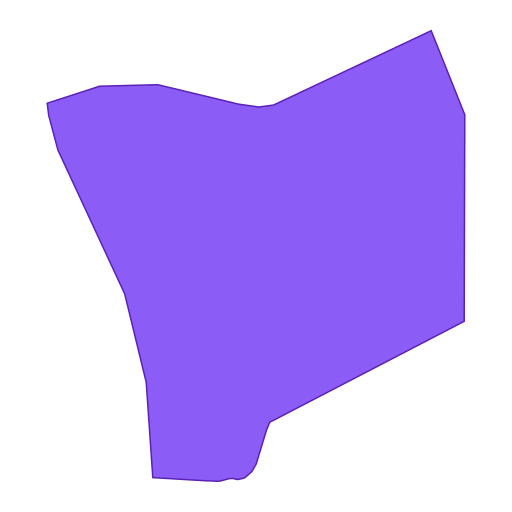 outline of Saint Paul
{"feature_id": "DMA-1440", "entity_name": "Saint Paul", "entity_type": "Parish", "adm_level": 1, "iso_a3": "DMA", "parent_name": "Dominica", "parent_adm1": "", "projection": "mercator", "projection_center": [-61.378, 15.359], "detail": "fine", "context": "isolated", "style": "filled", "palette": "violet", "viewbox_px": 512, "rotation_deg": 0, "n_neighbors": 0, "source": "natural_earth", "source_scale": "10m", "svg_char_len": 509}
<svg xmlns="http://www.w3.org/2000/svg" viewBox="0 0 512 512"><path d="M152.8,477.6L146.2,382.2L124.7,293.9L57.9,150.0L48.7,115.4L47.2,103.2L99.7,86.2L157.8,84.7L238.3,104.1L258.8,107.0L273.4,105.1L431.2,30.7L464.8,114.8L464.2,321.3L269.8,422.2L268.3,425.7L267.6,427.5L266.7,429.5L256.2,464.0L251.8,471.6L244.9,477.7L241.2,478.8L238.0,479.5L236.0,479.3L233.9,478.6L231.9,478.5L229.4,478.6L220.4,481.0L217.6,481.3L209.2,480.8L207.7,480.9L152.8,477.6Z" fill="#8b5cf6" stroke="#5b21b6" stroke-width="1.5"/></svg>